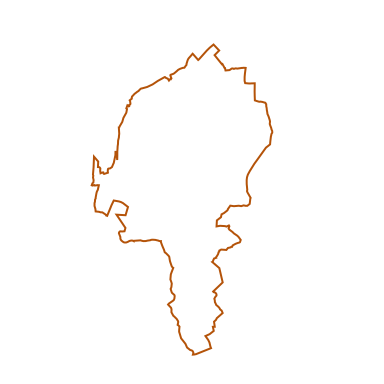 Bucerdea Granoasa, Alba, Romania, rotated 124°
{"feature_id": "2599482B1609135605728", "entity_name": "Bucerdea Granoasa", "entity_type": "district", "adm_level": 2, "iso_a3": "ROU", "parent_name": "Romania", "parent_adm1": "Alba", "projection": "mercator", "projection_center": [23.858, 46.215], "detail": "fine", "context": "isolated", "style": "outline", "palette": "amber", "viewbox_px": 384, "rotation_deg": 124, "n_neighbors": 0, "source": "geoboundaries", "source_scale": "gbopen_adm2", "svg_char_len": 5232}
<svg xmlns="http://www.w3.org/2000/svg" viewBox="0 0 384 384"><g transform="rotate(124 192 192)"><path d="M217.5,293.0L226.4,287.5L233.0,283.8L233.3,283.4L233.6,283.0L235.3,282.2L237.2,280.2L239.3,279.1L240.5,279.4L242.5,278.9L242.2,277.9L240.9,277.0L241.0,276.2L239.5,274.5L239.1,274.1L238.5,273.0L242.9,271.3L244.8,271.1L246.3,270.6L250.6,268.7L251.1,268.3L252.5,268.1L254.4,267.0L255.7,266.6L258.1,265.0L260.1,262.6L262.0,261.0L260.4,258.0L259.9,256.3L259.0,254.9L259.0,250.0L259.4,249.9L259.2,249.0L250.0,250.9L248.2,251.3L245.5,251.7L242.8,252.1L240.6,247.1L240.4,246.3L240.1,245.5L239.8,243.1L240.2,236.7L248.4,234.1L253.0,241.9L259.0,227.1L262.3,226.0L263.7,227.7L264.8,229.6L266.2,229.9L267.1,229.5L269.3,226.3L270.7,225.3L271.3,224.5L271.7,223.5L271.9,221.6L271.8,220.2L271.3,219.2L270.5,218.2L269.0,217.2L267.6,216.5L266.7,215.7L265.9,214.8L265.5,213.9L265.4,213.2L265.3,213.3L260.9,207.7L260.3,205.8L259.8,204.7L258.7,203.1L257.1,201.6L255.4,199.7L254.5,199.1L253.9,198.4L253.4,197.7L252.2,195.6L251.0,192.4L251.0,191.9L250.7,191.2L250.1,190.3L250.5,190.1L251.1,189.5L252.7,187.3L253.8,185.7L255.5,183.0L257.2,180.9L257.3,179.2L258.0,175.7L258.4,174.7L259.3,173.8L260.3,172.9L261.8,171.4L264.7,167.6L265.1,166.9L265.4,165.9L265.4,165.1L269.3,164.2L272.1,163.5L276.6,161.0L277.8,159.3L278.6,158.3L279.3,157.5L280.7,156.8L281.8,156.2L282.7,155.8L284.3,155.5L286.3,153.0L286.8,152.2L287.1,150.0L287.2,149.1L287.9,148.2L290.2,147.0L291.6,146.7L292.9,147.0L297.5,148.8L298.7,148.9L299.7,144.6L300.7,143.4L303.2,141.8L305.1,138.2L305.1,137.4L305.8,133.7L306.9,131.3L307.5,130.7L308.7,130.2L310.2,129.6L310.2,128.6L310.6,127.1L313.5,125.5L315.1,124.5L316.2,123.1L319.4,119.2L321.5,112.6L323.7,109.1L324.0,105.1L323.5,103.7L323.5,102.6L324.2,101.3L324.8,100.8L325.7,100.5L326.3,100.3L325.4,99.2L324.8,98.6L324.2,98.0L318.6,94.2L310.8,88.9L310.0,90.1L307.0,93.4L305.6,95.8L303.9,100.3L300.0,97.9L295.0,96.3L292.1,99.3L291.0,97.8L287.2,101.2L284.5,100.6L282.8,100.9L275.2,98.9L273.8,101.0L273.7,101.3L273.6,103.1L273.1,103.8L272.6,105.1L272.3,106.8L272.2,107.7L272.1,108.8L271.1,110.2L270.6,111.3L268.9,112.7L268.0,113.8L265.9,114.0L264.2,113.8L263.5,114.2L262.8,115.0L262.4,116.3L262.9,118.1L262.7,118.8L249.8,116.0L239.8,126.8L238.7,136.1L238.1,135.8L236.3,136.3L234.8,136.5L233.2,135.3L233.1,135.6L231.6,135.5L229.2,135.6L228.0,135.9L227.2,136.3L226.1,136.1L225.3,136.6L223.4,135.6L220.8,131.1L218.3,130.9L216.3,129.0L215.5,128.8L215.0,128.1L213.5,128.4L210.6,126.9L208.7,125.6L207.7,124.7L207.1,124.3L206.6,124.2L205.0,124.7L204.5,124.8L203.2,128.4L202.9,130.2L202.9,134.1L202.5,136.1L202.3,140.1L201.7,141.3L199.5,141.9L199.1,142.7L201.4,144.1L201.8,145.5L204.3,149.8L206.8,152.4L201.6,155.5L196.7,153.9L194.0,155.0L191.6,153.7L187.9,152.5L186.6,152.4L186.1,152.7L181.9,152.6L180.3,149.3L177.2,145.5L176.2,143.3L174.2,141.7L173.5,139.9L172.5,138.4L169.6,137.5L165.0,139.9L164.1,140.1L161.3,145.8L160.5,146.9L159.3,147.4L154.8,151.1L151.6,153.3L149.1,154.6L146.4,155.4L142.3,155.8L133.7,156.1L128.2,155.9L113.9,155.5L108.9,153.9L106.0,155.5L101.9,157.6L100.8,158.0L100.1,158.3L99.4,158.6L98.0,158.6L96.6,159.6L95.7,161.0L94.5,162.3L93.2,164.2L92.1,165.6L90.0,166.7L89.0,167.7L86.6,170.7L85.1,173.1L83.6,174.4L82.2,175.8L80.6,177.1L79.5,178.3L77.7,179.6L77.5,180.3L77.0,181.1L77.7,183.1L78.0,184.1L78.8,185.8L79.3,186.3L79.7,187.0L80.2,188.6L80.9,191.1L77.2,193.8L73.5,196.4L69.2,199.2L66.8,200.8L70.1,205.3L72.0,208.8L70.5,210.5L67.2,212.7L64.3,214.3L60.5,216.2L59.1,216.9L59.2,217.1L59.7,217.9L60.3,218.9L61.0,219.6L61.2,220.0L61.5,220.3L64.4,223.5L64.8,224.4L65.4,225.3L66.3,225.9L66.7,226.5L66.7,227.2L67.2,227.9L67.9,228.3L69.2,228.7L70.3,229.4L70.9,230.3L71.5,230.9L72.5,232.2L70.8,233.9L71.0,234.3L70.2,235.8L68.9,238.3L69.4,238.5L67.3,245.3L65.9,249.8L62.3,249.1L59.5,248.6L57.7,256.6L62.5,258.0L66.4,258.8L78.1,260.4L79.1,260.7L77.8,265.6L77.1,268.3L77.0,268.8L80.7,269.2L82.8,269.5L83.2,269.5L84.3,269.5L86.3,269.0L86.8,268.8L87.6,268.6L87.8,268.5L88.2,268.4L88.6,268.3L89.1,268.0L89.3,267.9L89.5,267.8L90.1,267.6L90.7,267.8L92.0,267.8L93.2,267.8L94.1,268.9L94.7,269.4L96.6,270.8L98.5,271.8L100.3,272.2L103.5,273.1L104.4,273.5L106.7,275.2L107.2,275.3L107.6,275.0L109.3,272.6L110.0,272.6L109.9,273.1L112.5,273.4L111.6,275.4L112.0,277.6L111.8,278.4L112.0,278.9L119.1,282.5L124.8,284.8L130.0,287.9L134.1,291.4L134.6,292.0L135.3,292.3L136.1,292.5L136.8,292.6L137.7,292.8L138.3,292.8L138.5,292.9L138.9,293.2L140.0,293.6L141.3,294.0L142.4,294.4L143.2,294.6L144.8,294.8L146.4,295.1L147.1,294.8L147.7,294.6L148.0,294.3L148.3,294.1L148.8,294.3L150.8,294.9L151.0,294.4L153.1,292.5L154.0,292.2L155.3,292.9L156.0,292.1L156.4,292.3L156.3,294.0L159.4,293.2L159.5,292.3L163.0,290.8L168.9,290.3L172.9,289.0L177.8,288.7L179.5,288.4L179.6,288.6L184.4,284.9L186.9,283.6L187.0,283.5L187.7,283.1L190.7,282.0L193.6,280.2L195.7,279.2L197.7,278.0L200.3,276.5L203.4,274.4L207.3,271.9L203.5,275.0L201.1,277.3L201.5,277.9L204.3,276.1L211.7,273.1L212.5,273.0L216.1,272.3L218.2,273.1L219.4,274.4L219.8,274.5L220.4,274.3L222.0,273.4L223.0,272.5L226.2,275.0L226.1,275.8L225.4,276.5L226.0,277.3L227.6,278.3L225.9,279.9L223.7,281.2L223.3,282.1L223.4,283.1L223.9,283.9L219.2,286.8L217.5,293.0Z" fill="none" stroke="#b45309" stroke-width="2"/></g></svg>